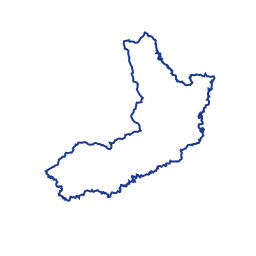 outline of Lavras do Sul, Rio Grande do Sul, Brazil, rotated 313°
{"feature_id": "56859067B93221548223155", "entity_name": "Lavras do Sul", "entity_type": "district", "adm_level": 2, "iso_a3": "BRA", "parent_name": "Brazil", "parent_adm1": "Rio Grande do Sul", "projection": "equal_earth", "projection_center": [-54.153, -30.732], "detail": "fine", "context": "isolated", "style": "outline", "palette": "blue", "viewbox_px": 256, "rotation_deg": 313, "n_neighbors": 0, "source": "geoboundaries", "source_scale": "gbopen_adm2", "svg_char_len": 5927}
<svg xmlns="http://www.w3.org/2000/svg" viewBox="0 0 256 256"><g transform="rotate(313 128 128)"><path d="M211.1,161.4L211.5,162.5L212.3,162.7L213.0,162.1L213.9,162.6L214.5,161.3L216.3,160.3L217.3,159.3L217.8,158.5L217.6,157.7L217.9,157.2L218.8,158.4L219.4,158.4L220.0,157.0L221.2,157.8L223.0,157.4L223.6,157.0L224.2,155.7L223.7,154.8L222.7,154.4L221.2,152.7L220.5,151.4L219.6,150.6L219.7,149.6L220.5,147.6L217.7,148.4L216.7,146.5L216.5,144.7L215.3,144.0L213.7,141.4L212.5,141.1L211.6,140.4L210.5,138.6L209.4,137.8L208.4,139.0L207.3,138.4L206.7,138.7L206.3,139.3L206.4,140.5L205.3,141.8L205.3,143.9L204.6,144.4L203.6,143.9L201.8,144.1L201.0,142.8L198.7,141.2L198.5,139.9L198.8,138.6L198.4,136.7L198.9,136.1L197.0,134.6L196.7,133.1L196.2,133.0L195.7,132.4L195.9,131.5L196.6,131.0L196.4,129.9L198.9,127.3L198.7,126.5L197.2,124.3L197.5,122.5L198.3,122.9L200.0,121.5L199.5,120.3L200.1,120.0L200.1,117.6L199.3,117.1L199.3,116.2L200.1,116.6L200.7,114.4L200.0,114.3L200.3,113.2L199.5,109.7L200.0,108.6L199.7,107.6L200.2,106.4L201.8,106.0L201.8,105.3L199.9,104.9L199.2,104.1L199.8,103.3L199.3,102.6L201.1,101.9L200.9,103.4L202.7,102.9L202.8,102.0L203.7,101.8L204.2,101.1L202.8,100.8L203.7,99.8L202.1,97.8L204.1,97.9L204.5,97.2L204.3,96.0L205.3,95.4L206.4,93.2L207.2,92.9L208.4,91.3L208.1,90.7L210.9,88.7L211.0,87.7L210.5,87.3L210.6,85.0L211.1,83.7L210.6,81.8L210.0,81.5L209.7,80.4L209.1,80.3L209.3,79.3L210.2,78.1L209.5,76.3L209.8,75.6L209.3,75.1L206.2,76.5L202.6,76.0L198.6,76.8L196.4,76.4L195.0,74.5L195.1,73.6L194.7,72.8L193.4,71.3L192.5,70.7L192.2,70.0L193.0,69.0L189.0,66.0L186.6,67.3L184.8,70.6L183.7,71.4L184.7,73.1L184.8,75.5L184.4,76.1L183.1,76.8L180.9,79.8L180.7,80.9L179.3,81.7L177.7,83.4L175.6,88.0L175.2,89.8L174.0,90.4L173.9,91.3L171.8,94.0L170.5,93.5L170.0,93.7L169.5,94.4L169.0,96.3L167.7,98.4L167.0,98.6L165.7,100.1L167.2,103.3L166.7,105.6L166.0,105.6L164.2,107.4L162.8,107.7L162.3,108.2L160.7,112.1L160.1,115.8L160.0,118.5L158.2,118.4L157.0,119.1L156.2,120.2L153.6,118.4L152.6,117.1L150.9,117.9L149.8,119.0L148.7,119.3L147.5,120.4L145.1,120.0L143.6,121.1L141.9,121.6L140.1,121.6L139.2,122.1L138.4,122.8L137.1,126.4L136.9,129.0L138.1,131.7L138.1,133.1L137.2,135.4L135.9,136.4L134.9,138.0L134.7,139.1L133.1,138.0L131.9,137.8L130.0,135.5L128.8,134.9L124.3,134.0L124.4,133.3L124.0,132.6L121.0,130.7L120.4,131.4L118.2,132.3L116.6,131.4L116.0,131.4L115.4,130.9L115.0,129.4L112.7,127.7L111.1,127.7L110.4,126.8L107.1,127.7L104.8,124.8L104.4,125.9L104.5,127.1L103.9,127.9L102.0,129.3L100.3,129.2L99.2,127.7L99.0,125.8L99.7,124.9L99.0,124.0L98.4,121.0L97.7,120.9L97.1,119.6L97.3,118.8L95.8,117.0L95.2,114.6L93.3,113.5L92.2,113.7L89.4,111.1L88.9,109.1L89.0,107.8L87.9,105.7L85.9,104.5L83.7,101.9L82.9,101.7L81.7,102.5L80.7,102.1L80.2,101.0L78.5,101.8L76.9,101.4L75.2,101.7L75.2,102.7L74.4,103.2L71.6,103.6L70.2,102.1L68.4,101.1L67.6,99.5L66.3,99.7L65.1,100.8L63.6,101.2L62.8,100.0L61.9,99.6L60.4,100.0L60.0,99.6L57.9,99.0L53.6,101.5L52.8,101.5L50.6,100.2L49.2,100.3L48.6,99.7L40.3,97.3L40.2,98.8L39.6,98.8L39.0,99.5L39.3,102.9L37.9,103.0L38.6,105.3L39.5,104.7L39.8,106.1L40.4,105.7L40.7,106.6L39.8,108.2L40.3,108.1L40.4,110.0L41.2,110.6L40.7,111.2L40.4,113.2L38.1,113.5L37.1,114.9L36.8,116.2L37.4,116.5L37.5,117.6L39.1,118.0L39.7,118.7L39.6,119.6L39.0,120.3L38.3,120.3L38.4,121.4L37.4,122.1L36.1,122.0L35.6,121.3L33.2,122.7L32.6,122.3L31.8,123.7L32.3,124.0L33.3,127.0L33.0,127.8L32.4,127.8L32.2,128.5L33.5,129.2L33.9,130.0L33.6,130.6L32.8,130.9L33.8,131.8L33.6,132.5L33.9,133.6L34.6,134.3L35.2,134.6L38.6,132.8L39.1,133.6L39.1,134.5L40.4,135.4L41.1,137.4L43.2,136.6L43.6,137.5L43.5,139.8L44.8,138.5L48.1,139.8L48.7,141.3L52.3,139.6L52.8,140.2L54.0,140.3L54.7,140.9L55.9,143.8L56.6,144.3L58.1,144.1L57.7,146.2L61.8,148.1L61.8,150.0L63.0,152.3L62.1,153.4L62.9,154.0L63.5,153.5L64.3,153.7L64.3,155.6L65.2,155.8L65.3,158.1L65.7,158.9L64.1,160.0L64.3,161.2L65.9,161.8L66.9,160.9L69.6,160.1L70.1,160.3L70.7,161.8L71.8,163.4L73.0,163.8L74.9,163.6L75.3,165.5L76.2,165.8L77.0,164.6L78.2,164.3L78.2,163.0L80.8,162.5L82.0,161.1L81.6,162.5L82.0,163.0L82.7,163.2L82.3,164.5L82.9,165.0L83.4,164.7L84.0,164.9L83.9,166.4L84.7,166.5L85.6,165.6L86.3,165.5L87.2,166.6L88.1,165.9L88.5,166.7L89.9,165.2L90.0,166.5L92.4,167.2L92.1,168.6L92.9,168.7L93.5,169.7L94.3,168.2L93.3,166.8L94.5,165.9L94.8,164.1L95.8,163.8L95.8,164.7L96.9,166.0L96.4,167.9L96.9,168.2L97.6,167.4L98.2,167.7L99.9,166.2L100.5,167.5L99.9,170.5L100.3,170.8L101.4,169.9L102.2,169.7L102.7,170.2L102.7,171.7L106.9,173.2L107.7,174.7L108.8,175.1L109.2,174.3L110.2,174.0L110.7,175.3L111.9,174.4L112.4,174.7L112.6,176.8L115.5,176.9L116.0,177.8L117.7,176.9L118.4,177.4L119.2,177.4L119.3,176.4L119.9,175.9L122.1,177.3L122.4,179.0L124.2,179.0L125.4,179.4L125.7,181.5L126.5,181.8L127.6,180.4L128.3,180.3L130.4,182.7L132.1,181.6L133.1,181.4L133.3,183.0L135.9,185.4L136.6,186.5L137.3,186.7L138.0,187.9L138.7,188.1L139.7,187.8L141.6,188.3L143.2,187.6L143.3,186.7L144.9,185.0L146.5,184.5L147.5,181.7L148.3,181.5L148.4,182.6L151.8,183.6L152.3,184.2L156.0,183.5L156.9,183.8L159.3,186.1L159.5,186.8L160.1,186.3L163.4,188.9L164.0,188.7L165.2,190.0L168.2,189.2L167.6,188.5L168.0,188.0L169.3,188.7L170.2,188.1L173.8,188.3L174.1,187.4L175.4,185.9L178.7,184.4L178.9,183.7L179.0,182.8L178.0,182.3L177.2,184.1L176.8,184.5L175.2,184.3L175.0,183.5L175.7,182.2L176.7,181.8L176.8,180.9L176.5,180.1L177.0,178.6L178.4,178.0L178.9,177.4L179.4,177.5L180.3,178.7L182.1,179.7L183.4,177.9L183.4,177.0L183.8,176.2L185.2,176.0L186.7,174.4L185.9,174.2L185.2,173.3L184.3,173.6L183.7,173.0L184.2,172.0L186.4,171.0L186.8,172.2L187.4,172.6L187.9,171.6L188.0,170.7L188.7,170.5L189.2,171.8L190.3,171.9L190.9,171.3L191.9,172.4L193.0,170.9L194.5,170.0L196.1,170.7L197.0,169.6L197.6,169.4L200.2,171.0L202.7,169.2L203.1,167.6L202.6,166.5L204.1,166.4L205.6,165.4L206.4,166.0L206.9,163.8L207.7,163.0L211.1,161.4ZM211.1,161.4L211.1,160.4L211.7,160.0L211.8,160.9L211.1,161.4Z" fill="none" stroke="#1e3a8a" stroke-width="2"/></g></svg>